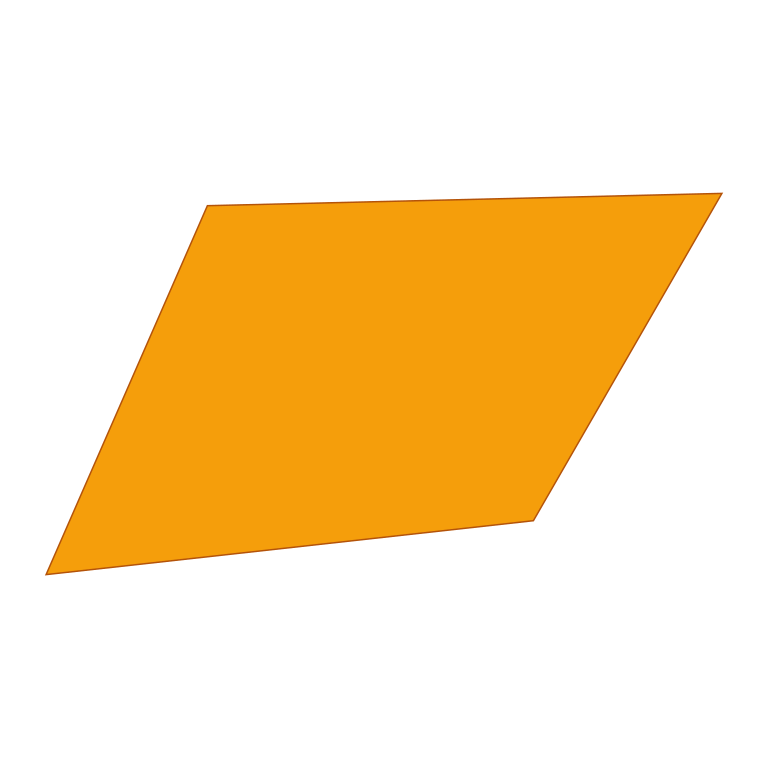 outline of The Quarter
{"feature_id": "AIA-5125", "entity_name": "The Quarter", "entity_type": "District", "adm_level": 1, "iso_a3": "AIA", "parent_name": "Anguilla", "parent_adm1": "", "projection": "natural_earth1", "projection_center": [-63.039, 18.231], "detail": "fine", "context": "isolated", "style": "filled", "palette": "amber", "viewbox_px": 768, "rotation_deg": 0, "n_neighbors": 0, "source": "natural_earth", "source_scale": "10m", "svg_char_len": 203}
<svg xmlns="http://www.w3.org/2000/svg" viewBox="0 0 768 768"><path d="M533.4,520.7L46.1,574.6L155.6,324.2L207.4,205.7L721.9,193.4L533.4,520.7Z" fill="#f59e0b" stroke="#b45309" stroke-width="1.5"/></svg>